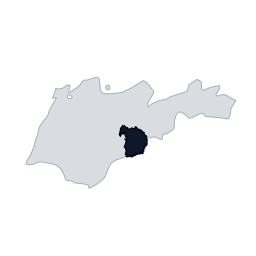 location of Ararat, Ararat, Armenia, rotated 300°
{"feature_id": "60910142B39713480261045", "entity_name": "Ararat", "entity_type": "district", "adm_level": 2, "iso_a3": "ARM", "parent_name": "Armenia", "parent_adm1": "Ararat", "projection": "albers", "projection_center": [44.799, 39.943], "detail": "fine", "context": "in_parent", "style": "filled", "palette": "ink", "viewbox_px": 256, "rotation_deg": 300, "n_neighbors": 0, "source": "geoboundaries", "source_scale": "gbopen_adm2", "svg_char_len": 5062}
<svg xmlns="http://www.w3.org/2000/svg" viewBox="0 0 256 256"><g transform="rotate(300 128 128)"><path d="M114.1,154.0L112.3,151.1L103.2,141.4L94.8,134.0L89.0,130.9L83.2,131.2L74.2,132.6L70.9,132.0L63.0,128.7L56.5,124.7L57.4,123.2L58.8,122.0L57.2,117.0L53.7,109.0L54.1,106.5L53.0,103.0L51.8,100.3L57.0,94.1L59.4,89.1L59.9,84.2L58.6,79.1L55.4,69.8L53.4,67.1L49.6,64.6L46.4,60.4L45.7,57.5L48.4,57.0L56.3,57.0L63.9,56.1L69.9,54.3L78.6,52.7L82.2,51.3L86.3,50.7L99.0,52.3L103.7,51.1L117.9,50.9L118.3,50.3L116.3,48.4L116.4,47.6L124.8,46.4L126.1,45.5L127.2,48.6L130.4,52.0L133.9,53.4L135.8,55.3L135.9,56.7L129.7,58.5L129.3,59.3L129.7,60.2L131.6,60.6L140.2,64.9L145.1,64.9L147.7,66.2L149.1,68.8L153.2,72.3L156.5,75.7L156.7,76.8L156.1,78.6L147.0,85.3L145.8,87.6L145.7,90.0L149.8,97.2L155.8,105.1L164.6,111.0L176.6,117.4L176.8,121.4L175.0,126.2L173.4,129.5L172.6,131.7L171.2,132.7L159.3,132.6L157.5,133.4L156.7,134.3L156.6,135.1L161.0,136.5L167.7,141.6L171.6,146.5L175.7,148.7L180.3,152.6L183.9,156.2L189.7,160.9L195.9,159.2L204.4,163.3L204.8,166.2L204.4,168.8L199.1,171.7L198.5,172.9L198.5,173.9L199.2,175.3L202.4,177.5L206.1,180.9L210.3,185.9L208.5,187.5L204.7,187.7L201.6,187.2L200.6,188.2L200.7,189.9L204.7,193.7L205.5,196.5L205.4,201.5L205.8,207.7L196.6,207.4L188.7,210.5L185.8,210.0L183.7,204.7L182.0,200.5L176.8,189.6L178.1,185.0L175.3,182.5L168.6,177.9L166.9,176.0L167.8,173.3L168.4,168.5L167.7,164.5L165.9,163.4L162.6,163.3L158.5,164.3L150.4,168.2L144.8,165.8L141.5,163.4L139.6,161.4L135.4,163.1L134.4,162.3L134.1,157.2L132.9,154.5L130.3,151.3L128.0,149.8L119.3,153.0L114.1,154.0ZM127.3,63.5L127.6,61.7L127.2,60.0L125.8,59.5L124.1,59.9L124.0,61.8L124.5,63.5L126.2,64.3L127.3,63.5ZM154.8,91.5L152.9,92.6L151.0,92.1L151.0,89.3L152.3,88.1L153.9,88.2L155.3,89.2L154.8,91.5Z" fill="#d9dde1" stroke="#a8b0b8" stroke-width="1"/><path d="M117.8,124.1L117.3,125.4L117.6,125.4L118.6,125.3L120.5,125.1L120.6,126.9L121.9,126.7L121.2,128.8L119.8,129.7L119.5,130.5L119.3,130.5L119.2,130.9L119.6,131.6L118.9,131.8L118.2,131.7L117.1,132.8L116.9,132.4L116.7,131.5L115.3,133.8L114.0,133.4L112.9,134.0L110.0,134.2L109.4,135.6L108.1,137.2L107.2,138.1L106.4,138.2L105.8,138.5L105.1,138.5L103.9,139.1L104.1,140.4L102.8,140.5L102.8,140.8L102.8,141.0L102.7,141.3L102.7,141.5L102.8,141.7L102.9,141.8L103.0,141.9L103.0,142.0L103.3,142.2L103.3,142.3L103.5,142.6L103.8,142.7L103.8,142.8L103.9,143.0L104.0,143.1L104.3,143.1L104.5,143.1L104.8,143.2L104.9,143.3L105.0,143.6L104.9,143.7L105.0,143.8L105.1,144.0L105.1,144.3L105.1,144.5L104.8,144.8L104.8,145.0L104.7,145.1L104.8,145.3L104.9,145.5L105.0,145.6L105.1,145.8L105.3,145.9L105.5,145.9L105.8,145.6L106.0,145.4L106.3,145.5L106.4,145.8L106.3,146.1L106.1,146.1L105.9,146.3L106.0,146.5L106.4,146.5L106.5,146.5L106.5,146.4L106.8,146.5L107.0,146.8L107.1,147.0L107.3,147.1L107.5,147.1L107.7,147.3L107.9,147.4L108.0,147.5L108.1,147.8L108.2,148.0L108.3,148.0L108.5,148.0L108.8,147.9L109.1,148.0L109.3,148.3L109.4,148.2L109.5,148.2L109.5,147.9L109.6,147.7L109.8,147.7L110.1,147.7L110.1,147.8L110.3,147.9L110.4,148.0L110.3,148.3L110.1,148.4L110.0,148.5L109.9,148.6L109.9,148.8L109.8,149.0L109.9,149.3L110.0,149.4L110.3,149.4L110.5,149.3L110.9,149.4L111.1,149.4L111.1,149.5L111.2,149.8L111.3,150.0L111.3,150.3L111.4,150.5L111.5,150.8L111.6,151.0L111.7,151.4L111.8,151.4L111.9,151.5L112.0,151.5L112.1,151.4L112.3,151.3L112.4,151.1L112.5,151.1L112.9,151.2L112.9,151.3L112.9,151.5L112.8,151.8L112.9,152.0L113.0,152.2L113.0,152.3L113.2,152.5L113.1,152.8L113.1,153.1L113.3,153.2L113.4,153.3L113.5,153.2L113.8,153.2L114.1,153.1L114.5,153.0L115.0,152.9L115.3,152.8L115.6,152.7L116.4,152.4L117.0,152.2L117.4,152.1L117.5,152.1L117.9,152.1L118.0,152.1L118.4,151.9L118.6,151.8L118.9,151.8L119.0,151.8L119.4,151.8L119.6,151.8L119.7,151.7L119.9,151.7L120.0,151.6L120.0,151.4L120.2,151.1L120.3,151.0L120.4,150.9L120.5,150.9L120.5,151.0L120.8,151.3L121.0,151.3L121.3,151.4L121.3,151.5L121.3,151.8L121.3,152.0L121.4,152.3L121.5,152.3L121.6,152.2L121.8,152.3L122.0,152.3L122.3,152.4L122.5,152.5L122.8,152.6L123.0,152.6L123.4,152.4L123.5,152.4L123.8,152.3L124.1,152.2L124.4,152.0L124.5,151.9L124.9,151.6L125.1,151.4L125.3,151.2L125.7,151.1L125.9,151.0L126.1,150.9L126.3,150.9L126.5,150.8L126.8,150.8L126.7,150.6L126.8,150.3L126.9,150.2L127.0,149.9L127.1,149.7L127.3,149.7L127.5,149.6L127.8,149.6L128.0,149.6L128.2,149.4L128.3,149.2L128.4,148.9L128.5,148.6L128.8,148.5L128.8,148.4L128.9,148.1L129.0,148.0L129.3,147.9L129.5,147.8L129.7,148.0L129.8,148.1L130.0,148.2L130.1,147.9L130.3,146.9L130.3,145.5L130.5,145.0L131.0,144.7L131.8,144.5L132.0,144.2L131.8,143.6L131.8,143.1L132.2,142.1L132.5,139.8L132.5,139.1L132.2,138.3L132.0,137.6L132.0,136.6L132.2,135.9L132.8,135.0L132.8,134.1L132.6,133.9L131.7,134.0L130.6,133.7L130.1,133.5L129.9,133.2L129.9,131.9L129.9,131.3L128.8,130.8L128.2,130.4L127.3,129.3L127.2,128.6L127.3,128.3L127.9,127.4L127.9,127.0L127.6,126.7L126.8,126.2L127.5,125.4L127.8,124.7L127.9,124.1L127.8,123.1L127.5,122.4L125.4,122.0L123.6,122.0L122.8,122.5L119.3,123.5L118.9,123.6L117.8,124.1Z" fill="#0f172a" stroke="#020617" stroke-width="1.5"/></g></svg>